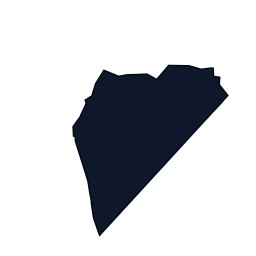 the district of Catawba, North Carolina, United States of America, rotated 310°
{"feature_id": "52423323B42498482903221", "entity_name": "Catawba", "entity_type": "district", "adm_level": 2, "iso_a3": "USA", "parent_name": "United States of America", "parent_adm1": "North Carolina", "projection": "robinson", "projection_center": [-81.208, 35.687], "detail": "fine", "context": "isolated", "style": "filled", "palette": "ink", "viewbox_px": 256, "rotation_deg": 310, "n_neighbors": 0, "source": "geoboundaries", "source_scale": "gbopen_adm2", "svg_char_len": 566}
<svg xmlns="http://www.w3.org/2000/svg" viewBox="0 0 256 256"><g transform="rotate(310 128 128)"><path d="M27.5,175.2L182.4,182.0L206.9,183.3L211.3,183.3L217.1,183.5L219.9,170.0L225.8,165.6L222.5,160.4L228.5,154.9L227.7,153.5L219.9,146.2L214.9,134.8L202.1,119.0L183.6,118.8L181.5,108.0L167.8,92.8L161.6,87.7L156.7,72.5L141.2,74.7L129.4,79.7L121.9,77.3L119.9,80.2L105.3,84.2L93.8,85.0L86.8,91.5L87.5,92.9L84.1,96.2L75.6,109.6L63.5,128.5L61.3,131.8L53.8,140.4L47.4,148.2L47.1,148.0L37.0,159.4L27.5,175.2Z" fill="#0f172a" stroke="#020617" stroke-width="1.5"/></g></svg>